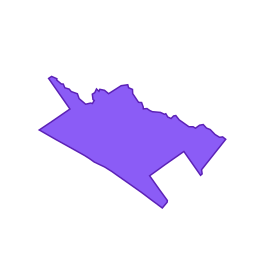 Volusia, Florida, United States of America, rotated 146°
{"feature_id": "52423323B44461654915973", "entity_name": "Volusia", "entity_type": "district", "adm_level": 2, "iso_a3": "USA", "parent_name": "United States of America", "parent_adm1": "Florida", "projection": "equal_earth", "projection_center": [-81.228, 29.02], "detail": "fine", "context": "isolated", "style": "filled", "palette": "violet", "viewbox_px": 256, "rotation_deg": 146, "n_neighbors": 0, "source": "geoboundaries", "source_scale": "gbopen_adm2", "svg_char_len": 1116}
<svg xmlns="http://www.w3.org/2000/svg" viewBox="0 0 256 256"><g transform="rotate(146 128 128)"><path d="M162.5,213.5L166.1,213.5L165.5,176.2L185.2,176.0L202.7,176.0L194.0,158.3L181.4,133.5L179.6,129.9L177.2,124.5L175.0,118.6L169.2,108.8L166.3,102.3L165.7,101.0L164.9,98.8L163.4,94.8L153.0,67.5L151.1,62.0L149.3,56.7L144.3,42.5L137.0,44.6L135.9,45.9L136.4,59.4L136.8,76.3L129.6,76.5L118.2,76.9L94.8,77.3L94.3,48.2L92.2,48.5L90.3,52.3L53.3,64.0L54.5,67.7L57.3,69.1L59.5,74.0L60.7,80.7L63.0,84.1L63.7,88.8L67.1,90.3L72.2,90.1L73.3,92.6L76.8,95.0L81.0,106.1L81.4,111.6L83.5,112.5L87.0,111.8L88.9,114.9L88.7,118.7L90.1,119.0L92.4,122.8L98.7,127.9L100.2,130.4L101.4,133.5L104.6,135.3L103.6,137.0L102.5,141.5L104.9,143.4L104.9,153.8L102.7,157.5L105.0,161.1L104.0,164.0L110.0,166.9L117.5,167.1L124.9,167.3L126.4,172.4L129.7,175.8L131.6,174.7L132.3,178.0L135.8,175.9L138.7,176.0L141.1,171.2L140.6,169.7L143.8,168.2L145.1,169.6L149.8,171.4L152.1,179.7L150.8,184.7L154.7,190.0L155.0,193.1L157.9,196.7L157.1,200.6L158.7,201.9L160.3,207.6L159.4,208.6L162.5,213.5Z" fill="#8b5cf6" stroke="#5b21b6" stroke-width="1.5"/></g></svg>